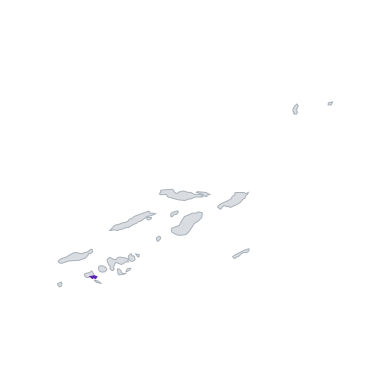 South Vella la Vella, Western, Solomon Islands (highlighted), rotated 301°
{"feature_id": "97153195B32598831162283", "entity_name": "South Vella la Vella", "entity_type": "district", "adm_level": 2, "iso_a3": "SLB", "parent_name": "Solomon Islands", "parent_adm1": "Western", "projection": "robinson", "projection_center": [156.664, -7.876], "detail": "fine", "context": "in_parent", "style": "filled", "palette": "violet", "viewbox_px": 384, "rotation_deg": 301, "n_neighbors": 0, "source": "geoboundaries", "source_scale": "gbopen_adm2", "svg_char_len": 4600}
<svg xmlns="http://www.w3.org/2000/svg" viewBox="0 0 384 384"><g transform="rotate(301 192 192)"><path d="M151.0,193.6L156.8,198.4L159.3,198.0L167.0,198.1L171.6,201.6L174.2,203.2L175.7,206.3L177.6,207.0L178.7,208.6L179.4,211.5L176.6,213.0L174.9,213.4L170.4,212.4L166.1,210.2L157.6,209.9L153.7,209.3L152.3,208.4L151.1,207.3L149.1,204.6L147.5,201.4L147.3,199.6L147.1,196.0L147.6,194.7L149.2,193.5L151.0,193.6ZM177.6,164.5L184.2,173.6L184.0,175.2L183.1,176.2L182.8,179.2L183.6,180.4L185.4,180.9L188.5,184.2L189.8,189.3L191.1,191.1L191.1,194.9L194.0,200.2L194.3,202.7L194.0,203.8L192.8,203.2L189.3,197.2L185.4,194.6L184.9,193.5L180.9,190.1L178.2,184.2L175.3,173.8L176.7,171.4L173.4,166.3L173.6,165.0L175.9,165.2L176.4,164.6L177.6,164.5ZM153.6,169.1L154.5,171.9L150.9,169.4L148.2,166.3L140.4,162.9L138.8,161.2L137.4,161.0L133.4,158.2L129.5,156.3L126.5,152.8L125.1,152.2L122.7,149.5L120.3,147.7L119.4,144.5L117.1,142.2L116.6,141.2L123.9,143.1L127.4,146.6L130.3,148.7L131.3,150.1L133.9,152.1L136.3,152.3L138.7,154.3L140.8,154.9L142.5,155.9L153.5,164.9L152.2,167.3L153.6,169.1ZM203.2,227.3L206.5,229.1L208.5,228.8L211.4,230.0L213.6,229.3L214.9,230.9L218.4,237.1L218.4,239.1L220.6,240.5L218.7,240.8L216.1,240.1L214.0,240.6L211.8,239.4L208.2,238.8L205.0,237.3L198.4,232.8L198.5,230.5L197.4,229.4L197.1,226.6L194.7,225.7L192.0,225.5L191.8,224.2L192.3,221.8L194.3,221.8L196.8,222.8L203.2,227.3ZM90.7,134.8L91.5,135.8L89.5,137.6L86.7,136.7L86.1,135.1L84.2,135.4L80.4,134.6L75.1,130.2L69.6,122.1L64.2,117.5L63.2,116.1L63.1,113.8L63.8,112.9L67.1,113.9L71.4,117.6L78.5,121.5L80.4,123.5L81.7,128.2L82.9,129.6L86.7,133.2L90.7,134.8ZM98.0,162.4L99.7,164.8L101.6,170.4L101.3,172.3L99.9,172.4L99.5,173.6L97.7,170.9L95.2,170.2L93.4,168.5L92.6,163.2L91.1,162.9L87.1,163.4L85.7,165.1L83.9,164.6L83.5,163.0L83.8,161.4L86.3,159.9L86.8,158.0L89.2,154.6L90.8,154.0L93.7,155.2L94.0,160.0L95.0,161.6L98.0,162.4ZM172.7,270.1L170.8,271.1L169.2,270.6L167.9,269.8L166.8,267.5L164.6,266.0L161.4,265.4L159.7,263.9L157.5,263.4L156.9,262.2L157.1,260.9L157.4,260.2L159.5,260.8L169.3,267.0L172.7,270.1ZM69.4,152.7L68.9,153.1L68.0,151.5L67.3,151.0L67.3,149.2L64.6,146.2L64.4,144.1L66.0,142.1L68.1,143.3L70.2,145.8L72.6,146.6L72.1,148.3L69.9,151.3L69.4,152.7ZM82.8,157.5L81.7,158.8L78.8,158.6L76.6,155.5L76.6,153.2L78.3,151.0L80.4,150.7L81.6,151.5L82.7,153.3L83.0,155.5L82.8,157.5ZM107.2,175.8L104.6,178.1L102.7,177.3L101.1,175.3L101.9,172.2L103.5,171.5L104.3,170.4L107.1,171.3L107.9,171.9L106.2,173.4L107.1,174.6L107.2,175.8ZM320.7,238.6L316.3,239.2L314.6,241.4L312.3,241.2L311.6,239.4L311.6,238.5L312.8,238.6L313.4,236.9L314.7,236.0L317.8,235.6L321.5,236.6L320.6,238.2L320.7,238.6ZM198.8,204.3L199.0,208.6L196.9,206.3L196.0,207.1L195.1,206.0L195.3,200.9L193.9,196.0L195.1,196.5L198.8,204.3ZM88.0,176.6L88.1,177.1L86.6,176.2L83.3,172.1L83.9,170.8L86.9,168.1L87.8,167.8L88.6,169.4L87.9,171.8L86.9,172.5L86.5,174.7L88.0,176.6ZM162.1,185.2L164.4,185.5L168.5,189.6L167.5,190.8L165.6,190.2L165.0,190.4L164.4,189.1L162.3,187.9L160.4,187.8L160.2,186.3L162.1,185.2ZM136.0,189.1L132.9,188.6L131.9,187.6L133.0,186.1L134.4,185.1L135.7,186.0L137.1,186.2L137.2,188.2L136.0,189.1ZM46.7,127.7L44.1,128.4L42.4,127.4L43.1,125.1L44.0,123.9L47.4,126.1L46.7,127.7ZM149.3,170.4L148.1,170.8L146.2,169.7L145.3,168.7L145.7,167.1L146.9,166.5L148.1,167.6L148.2,168.7L149.3,170.4ZM341.6,266.0L339.2,266.5L338.3,266.4L336.8,263.8L337.9,263.2L339.7,263.4L340.2,265.0L341.6,266.0ZM94.9,178.0L94.8,179.1L93.3,178.8L89.9,177.1L89.8,176.4L91.7,176.1L93.1,176.3L94.9,178.0ZM67.4,157.9L66.8,161.0L65.4,157.2L65.7,154.2L66.2,153.8L67.4,157.9ZM111.1,179.2L109.1,180.0L108.5,178.8L109.9,175.6L111.1,179.2Z" fill="#d9dde1" stroke="#a8b0b8" stroke-width="1"/><path d="M67.2,148.7L67.2,148.8L67.2,149.0L67.2,149.3L67.1,149.5L67.1,149.8L67.2,150.0L67.1,150.3L67.0,150.5L66.9,150.5L66.9,150.8L66.8,151.0L67.0,151.2L67.1,151.3L67.3,151.3L67.3,151.2L67.5,151.2L67.8,151.2L67.9,151.3L68.0,151.3L68.1,151.5L68.3,151.6L68.5,151.7L68.5,151.8L68.5,152.0L68.4,152.1L68.3,152.3L68.2,152.5L68.2,152.8L68.2,153.0L68.3,153.2L68.3,153.3L68.5,153.2L68.6,153.3L68.6,153.2L68.8,153.1L69.0,153.0L69.1,152.9L69.3,153.0L69.5,153.2L69.5,153.3L69.5,153.5L69.6,153.8L69.8,153.8L69.8,153.7L69.9,153.4L69.9,153.2L69.9,153.3L70.0,153.3L70.0,153.2L70.1,152.9L70.0,152.7L69.9,152.5L69.9,152.4L69.8,152.2L69.7,152.2L69.6,151.9L69.8,151.8L69.8,151.7L69.7,151.6L69.5,151.4L69.4,151.4L69.3,151.2L69.2,151.2L69.1,150.9L67.9,149.5L67.2,148.7ZM70.1,153.5L70.1,153.4L70.1,153.5L70.0,153.4L69.9,153.4L69.9,153.5L69.9,153.8L70.0,153.8L70.0,153.7L70.1,153.5Z" fill="#8b5cf6" stroke="#5b21b6" stroke-width="1.5"/></g></svg>